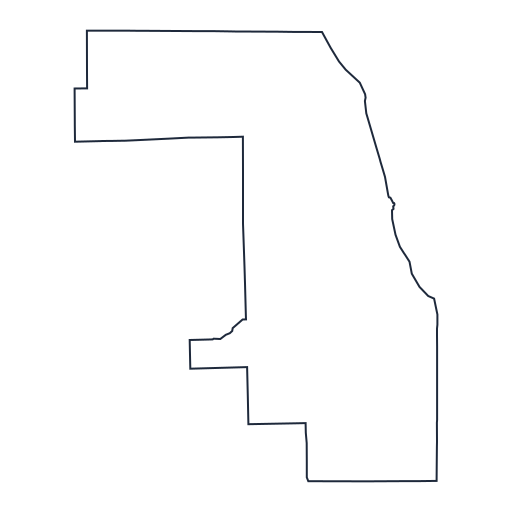 Cook, Illinois, United States of America (Mercator projection)
{"feature_id": "52423323B18311449553443", "entity_name": "Cook", "entity_type": "district", "adm_level": 2, "iso_a3": "USA", "parent_name": "United States of America", "parent_adm1": "Illinois", "projection": "mercator", "projection_center": [-87.813, 41.812], "detail": "fine", "context": "isolated", "style": "outline", "palette": "slate", "viewbox_px": 512, "rotation_deg": 0, "n_neighbors": 0, "source": "geoboundaries", "source_scale": "gbopen_adm2", "svg_char_len": 1698}
<svg xmlns="http://www.w3.org/2000/svg" viewBox="0 0 512 512"><path d="M75.0,141.7L79.7,141.6L100.5,141.1L102.2,141.0L113.5,140.9L118.5,140.8L125.4,140.7L125.5,140.7L140.5,140.0L169.6,138.6L188.6,137.6L192.4,137.6L218.3,137.3L233.4,137.0L242.9,136.7L243.0,171.2L243.0,178.0L243.0,194.1L243.0,223.6L244.0,252.2L244.5,266.9L244.6,270.3L244.8,276.6L244.8,277.2L245.0,283.2L245.9,317.0L246.0,319.4L242.6,319.5L232.7,328.1L232.2,331.0L229.8,333.2L225.8,334.8L220.3,339.0L213.6,338.7L212.7,339.4L201.5,339.7L189.7,340.0L189.9,350.0L190.3,368.7L247.1,367.1L247.8,395.7L248.4,424.2L296.0,423.3L305.6,423.1L305.8,432.8L306.7,443.1L306.8,462.1L306.8,477.4L308.3,481.2L351.8,481.3L373.6,481.3L374.0,481.3L411.3,481.1L420.8,481.1L436.6,480.9L436.7,468.0L436.9,446.6L437.0,442.0L436.9,422.7L437.1,420.0L437.1,407.0L437.1,398.8L437.1,381.1L437.1,374.6L437.1,373.0L437.1,346.4L437.0,335.8L437.0,328.5L437.4,324.8L437.4,314.5L434.1,298.6L428.2,296.0L419.5,286.9L411.8,273.7L409.7,262.7L409.5,261.7L406.5,257.0L404.9,254.5L404.1,253.4L399.9,246.8L395.5,234.7L392.2,219.1L392.0,210.2L393.5,208.9L393.2,206.3L393.9,205.7L394.4,204.8L394.4,203.8L394.1,203.1L393.3,203.0L393.2,203.0L391.6,199.9L390.4,197.7L388.9,197.3L388.4,195.9L388.0,193.9L385.0,176.9L382.7,169.1L380.5,161.8L379.8,159.1L376.4,147.7L367.5,117.4L366.3,113.4L364.9,101.0L365.6,97.7L365.1,94.2L359.8,82.7L345.7,69.7L339.0,61.5L330.7,47.9L326.8,40.8L322.0,32.0L291.7,31.9L278.4,31.7L259.2,31.6L236.1,31.5L235.1,31.5L230.3,31.4L211.3,31.1L201.7,31.1L192.3,31.1L144.3,30.8L138.3,30.8L130.0,30.7L106.0,30.7L86.9,30.7L87.0,71.7L87.1,88.4L84.5,88.4L74.6,88.5L74.8,122.5L74.8,123.5L74.8,124.8L75.0,141.7Z" fill="none" stroke="#1e293b" stroke-width="2"/></svg>